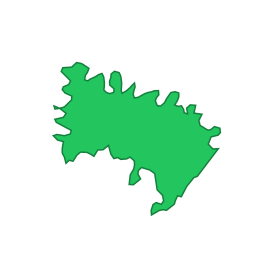 the district of Entre Rios do Sul, Rio Grande do Sul, Brazil, rotated 320°
{"feature_id": "56859067B29197155480819", "entity_name": "Entre Rios do Sul", "entity_type": "district", "adm_level": 2, "iso_a3": "BRA", "parent_name": "Brazil", "parent_adm1": "Rio Grande do Sul", "projection": "mercator", "projection_center": [-52.727, -27.512], "detail": "fine", "context": "isolated", "style": "filled", "palette": "green", "viewbox_px": 256, "rotation_deg": 320, "n_neighbors": 0, "source": "geoboundaries", "source_scale": "gbopen_adm2", "svg_char_len": 2012}
<svg xmlns="http://www.w3.org/2000/svg" viewBox="0 0 256 256"><g transform="rotate(320 128 128)"><path d="M130.6,44.8L124.0,45.2L116.8,39.9L113.2,41.8L114.3,54.9L110.5,56.6L104.9,54.9L102.3,56.3L102.3,60.8L105.5,67.4L102.8,70.2L92.8,71.0L88.3,69.0L90.0,77.0L85.3,78.3L77.6,74.3L76.7,77.5L83.0,93.4L79.9,95.5L74.3,93.0L69.4,87.3L65.8,85.9L66.3,92.0L69.8,96.9L64.4,101.5L61.6,104.9L60.5,109.6L57.8,115.2L62.1,114.9L64.6,118.1L71.5,115.9L76.2,116.0L80.8,120.2L82.5,123.9L83.7,127.8L90.6,125.4L94.9,128.6L101.9,128.8L98.1,137.0L97.5,142.3L101.3,144.2L102.2,147.3L107.1,150.8L110.9,151.6L111.7,157.2L109.1,160.7L106.0,163.1L99.7,165.3L92.6,172.0L95.7,174.9L104.9,175.1L106.0,169.7L108.6,167.3L112.9,166.9L117.7,174.2L119.2,180.1L110.6,194.1L111.2,201.7L108.4,206.8L104.4,207.8L101.7,203.3L98.1,202.7L92.9,205.9L90.1,209.7L99.1,211.3L102.6,213.3L104.5,215.8L114.6,216.1L117.4,214.2L122.3,211.8L124.6,214.9L135.8,210.4L146.8,208.3L149.9,209.6L183.9,201.9L179.5,198.6L179.1,191.9L185.9,188.2L192.4,191.4L195.8,190.9L198.2,187.2L195.1,182.5L190.5,182.5L187.8,181.1L184.9,172.3L187.1,167.8L193.5,165.0L188.1,159.0L194.4,154.1L190.5,150.3L185.7,150.5L182.8,155.5L180.8,152.5L182.5,149.6L183.2,145.4L180.2,143.6L178.6,140.4L183.4,138.8L186.9,136.8L189.4,133.8L187.4,130.5L183.6,128.4L179.4,129.5L176.0,130.5L172.2,132.1L167.1,132.2L164.8,129.7L166.4,124.7L169.2,123.1L172.9,122.4L175.4,118.9L172.0,116.4L168.9,115.2L166.4,113.8L163.1,112.5L159.0,111.7L155.4,111.0L152.2,109.1L153.7,105.4L156.8,103.0L159.8,101.1L161.9,97.7L159.0,97.9L155.3,98.4L150.5,98.5L145.8,97.7L147.0,94.6L149.2,92.6L152.1,89.4L154.4,85.9L155.9,83.2L156.8,79.9L154.1,75.9L149.8,75.8L147.1,78.5L144.1,80.2L141.6,83.3L142.5,89.0L139.9,91.6L136.1,89.9L134.2,86.8L134.0,83.2L136.4,81.1L139.1,78.0L142.2,73.3L143.1,69.5L139.7,68.2L136.7,67.9L133.8,67.2L130.9,66.3L127.5,66.0L125.7,63.2L129.2,60.3L132.5,59.4L136.4,57.2L134.9,52.0L133.8,48.7L130.6,44.8ZM88.3,69.0L85.5,63.6L84.2,66.5L88.3,69.0Z" fill="#22c55e" stroke="#15803d" stroke-width="1.5"/></g></svg>